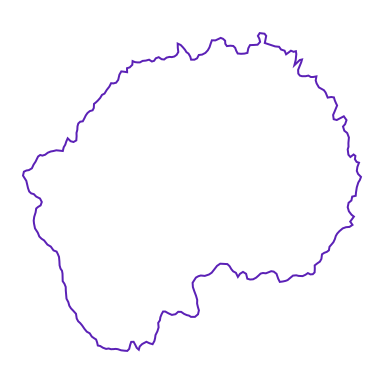 outline of Resplendor, Minas Gerais, Brazil
{"feature_id": "56859067B25891370030670", "entity_name": "Resplendor", "entity_type": "district", "adm_level": 2, "iso_a3": "BRA", "parent_name": "Brazil", "parent_adm1": "Minas Gerais", "projection": "equal_earth", "projection_center": [-41.153, -19.218], "detail": "fine", "context": "isolated", "style": "outline", "palette": "violet", "viewbox_px": 384, "rotation_deg": 0, "n_neighbors": 0, "source": "geoboundaries", "source_scale": "gbopen_adm2", "svg_char_len": 4381}
<svg xmlns="http://www.w3.org/2000/svg" viewBox="0 0 384 384"><path d="M47.4,244.6L50.8,246.6L53.5,250.4L56.6,251.6L57.8,254.0L59.0,256.9L59.4,261.2L59.6,265.4L60.5,268.6L62.0,270.8L62.5,273.6L62.6,277.3L62.7,281.2L64.4,283.7L65.7,286.9L65.8,290.6L66.2,295.3L66.5,298.7L68.3,302.1L69.3,305.7L71.0,308.4L73.5,311.0L76.0,313.8L76.7,318.5L78.2,321.3L80.2,323.1L82.1,325.4L84.5,328.9L86.8,331.7L89.7,333.3L91.8,336.6L94.2,338.3L96.1,339.5L97.1,342.4L97.8,345.5L100.2,346.0L102.9,347.7L106.1,348.9L108.7,348.5L111.0,349.2L113.5,349.1L115.7,348.9L117.9,349.2L121.1,350.3L124.6,350.7L127.3,350.9L129.2,348.9L130.2,344.8L131.2,341.9L133.6,341.8L135.3,344.9L136.7,347.8L138.8,349.7L139.7,346.5L142.1,344.1L144.1,343.0L146.4,341.8L149.6,343.3L152.6,344.2L154.4,341.0L155.1,338.1L155.5,335.1L157.4,331.3L158.6,327.4L158.2,322.9L159.9,320.3L160.4,317.2L161.6,314.2L163.1,311.5L165.2,311.5L168.4,313.3L171.9,314.9L175.5,314.2L178.2,311.8L181.2,311.9L184.1,313.9L186.8,315.1L189.0,315.6L191.0,316.9L194.9,316.9L198.0,314.3L198.9,310.4L197.9,307.0L197.1,303.6L197.2,299.9L196.0,295.7L194.4,291.5L192.9,287.1L192.6,282.8L194.1,280.4L195.9,277.6L198.4,276.2L200.8,275.5L204.8,275.9L209.0,274.5L211.7,272.7L214.3,269.4L217.0,265.9L220.2,263.7L223.8,263.9L227.4,264.1L229.6,266.2L231.3,269.1L233.1,271.3L235.9,272.8L237.9,276.9L240.0,273.8L243.0,271.9L246.1,273.8L247.3,278.7L250.1,279.5L253.1,279.3L256.1,277.7L258.5,275.6L260.6,273.6L262.9,273.0L265.9,273.3L268.7,272.2L271.2,271.2L273.7,271.6L276.5,273.8L278.2,278.7L279.8,281.9L282.7,281.5L285.5,280.9L287.6,280.1L290.2,277.9L293.0,275.6L296.2,275.3L298.7,275.9L302.6,276.1L305.4,274.8L307.9,273.1L310.4,274.4L312.8,274.2L314.6,272.4L314.8,268.8L314.7,265.4L317.4,263.3L319.9,261.6L321.4,258.9L322.0,254.3L324.3,252.8L326.8,251.9L328.9,250.3L329.5,246.8L331.4,244.6L333.4,242.2L334.9,239.0L335.8,236.0L337.2,233.6L339.4,231.2L342.7,228.4L346.0,227.2L349.5,226.9L352.5,224.9L350.2,221.6L353.9,216.6L351.5,214.7L348.9,211.3L347.7,207.2L348.6,202.8L351.4,200.5L352.2,196.6L355.7,195.8L356.0,192.4L356.8,187.3L358.3,182.5L359.9,179.9L361.0,176.9L358.1,174.0L356.8,170.9L357.4,166.9L359.0,162.7L356.6,161.9L354.9,159.2L355.4,155.9L353.6,154.5L350.4,157.0L348.4,154.7L347.7,149.4L348.5,146.8L348.4,143.1L348.9,137.5L347.2,133.0L344.3,130.7L343.0,126.5L345.1,124.2L346.5,120.1L343.8,116.3L336.8,120.0L333.7,119.2L333.1,115.0L334.5,111.8L337.1,105.5L335.9,103.0L334.8,100.4L333.9,97.4L331.2,97.0L327.7,97.6L325.6,92.5L323.9,90.2L318.9,87.4L316.6,83.4L315.7,80.4L316.4,76.4L313.1,77.0L310.8,77.0L308.4,75.6L305.6,76.2L302.0,76.2L299.9,75.6L298.3,73.6L298.1,69.9L301.2,62.3L302.0,59.5L299.8,60.0L294.4,65.2L295.7,60.0L296.3,54.1L295.9,51.2L293.6,51.8L290.9,50.7L289.1,52.1L286.1,54.3L284.6,50.7L281.0,49.5L279.1,46.8L275.1,46.4L264.8,43.0L266.2,35.9L264.5,33.7L259.7,33.1L257.9,35.9L259.3,38.6L260.1,41.9L257.6,44.7L253.3,45.0L250.0,45.1L248.3,48.3L247.4,52.9L244.4,53.6L241.1,53.8L237.7,53.5L236.2,50.7L235.2,47.9L233.3,46.0L230.4,45.7L226.9,46.1L225.3,43.8L225.1,40.7L223.0,38.8L220.7,37.9L218.0,39.2L215.4,40.4L211.9,40.3L210.6,43.9L209.5,47.3L207.8,50.3L205.4,52.9L202.1,54.6L198.8,55.0L197.1,58.3L194.4,59.7L191.1,59.7L190.3,56.7L188.5,53.6L186.4,52.1L185.0,49.8L183.0,47.4L180.7,45.0L177.7,43.6L177.8,47.8L178.3,52.0L176.7,54.8L174.4,56.5L171.8,57.1L169.5,56.9L166.6,57.6L164.1,59.5L161.6,59.2L158.7,57.2L155.8,58.3L154.1,60.8L151.9,61.5L149.1,59.7L145.8,60.6L142.6,60.9L139.9,62.4L137.3,62.4L134.9,62.1L132.6,61.1L132.3,64.8L129.7,67.4L127.0,68.2L127.1,72.2L123.9,71.7L121.3,71.4L119.4,74.7L118.2,79.9L116.1,82.7L113.4,83.4L111.1,83.2L109.3,86.7L106.7,90.0L104.5,93.6L102.0,94.9L100.2,97.9L97.7,100.7L95.9,102.4L94.0,103.9L93.8,108.0L92.6,110.3L89.8,111.1L87.5,113.0L85.8,115.4L84.4,118.3L82.8,121.3L80.2,121.7L78.3,123.5L77.5,126.3L77.3,129.9L76.5,132.9L76.6,136.2L76.3,140.4L73.5,142.0L70.6,141.2L67.7,138.3L66.2,141.7L65.3,144.6L63.7,147.3L62.8,151.0L59.3,150.6L56.3,150.3L53.5,151.0L50.7,151.5L47.8,152.7L45.2,154.7L42.4,155.6L40.2,155.0L38.1,156.5L36.9,158.9L35.6,161.6L33.6,164.6L31.9,168.3L28.9,170.1L26.4,170.5L23.9,171.7L23.0,175.6L24.7,178.3L26.3,180.8L27.1,184.2L28.0,188.1L29.2,191.5L31.2,193.4L33.8,194.1L36.2,196.6L40.0,198.5L41.8,202.0L40.6,205.4L38.1,206.9L36.2,208.5L35.6,212.4L34.2,216.9L33.7,220.6L34.0,223.5L35.0,228.4L37.8,232.7L39.3,236.5L41.5,238.7L44.1,240.4L47.4,244.6Z" fill="none" stroke="#5b21b6" stroke-width="2"/></svg>